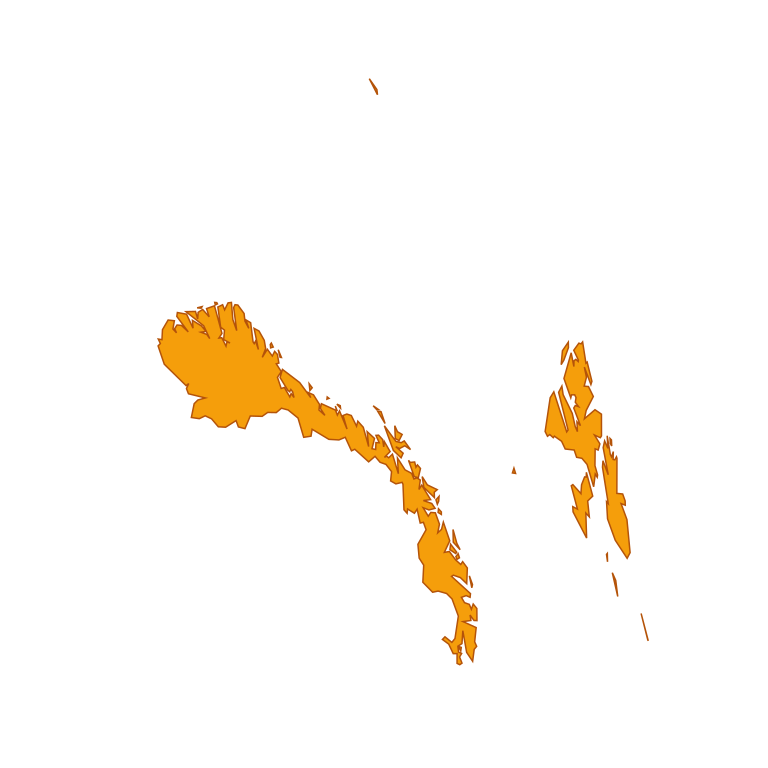 map outline of Norway (Natural Earth projection), rotated 79°
{"feature_id": "NOR", "entity_name": "Norway", "entity_type": "country or territory", "adm_level": 0, "iso_a3": "NOR", "parent_name": "Europe", "parent_adm1": "", "projection": "natural_earth1", "projection_center": [16.239, 69.249], "detail": "fine", "context": "isolated", "style": "filled", "palette": "amber", "viewbox_px": 768, "rotation_deg": 79, "n_neighbors": 0, "source": "natural_earth", "source_scale": "50m", "svg_char_len": 6185}
<svg xmlns="http://www.w3.org/2000/svg" viewBox="0 0 768 768"><g transform="rotate(79 384 384)"><path d="M527.4,375.0L513.2,375.4L516.7,378.8L511.2,384.7L515.3,386.0L511.3,388.4L486.1,384.5L484.0,385.0L484.3,391.4L480.4,396.0L471.4,393.3L463.3,397.4L460.1,402.8L453.3,406.6L457.5,413.9L442.5,425.1L443.4,428.7L428.9,432.2L430.3,438.9L427.8,448.7L414.7,463.2L421.3,465.6L421.0,473.0L401.0,474.9L391.2,483.1L388.2,489.3L391.5,495.2L389.7,503.6L392.5,509.8L389.9,521.4L401.3,529.0L398.4,535.1L391.7,536.2L396.2,547.7L394.4,554.8L385.3,559.9L381.1,565.6L382.8,571.9L380.1,579.5L367.1,574.1L364.2,569.8L363.6,562.0L356.3,577.8L350.8,578.8L346.3,575.6L347.8,578.6L322.7,595.9L303.5,598.5L301.6,595.8L296.8,597.0L298.1,593.5L288.4,591.1L280.0,583.7L281.9,577.7L289.7,580.7L294.2,577.9L289.8,579.0L286.6,575.9L287.8,571.7L295.5,566.2L278.1,574.5L274.4,573.2L277.8,564.5L292.8,560.8L285.0,559.9L292.1,552.2L298.4,548.6L298.2,553.9L301.6,548.4L306.2,546.4L292.4,549.9L275.2,564.6L276.8,555.2L284.6,554.5L278.2,552.8L276.2,547.8L284.7,542.8L276.1,543.8L274.9,535.5L303.4,533.4L307.4,537.3L307.6,534.4L316.7,531.9L312.7,530.1L314.4,527.3L309.8,532.9L300.7,530.3L297.1,533.5L276.7,532.4L275.4,527.3L280.8,526.3L274.6,521.6L274.8,518.2L292.0,520.1L303.5,518.4L280.3,517.0L277.7,515.1L278.6,512.4L288.1,507.9L295.8,508.5L303.6,506.1L294.7,507.3L298.4,503.2L317.6,504.5L319.6,503.7L317.3,501.9L326.2,500.7L304.6,500.9L308.1,496.6L318.3,493.2L326.6,493.4L334.6,498.4L327.6,491.9L335.3,488.3L331.1,485.1L334.6,483.0L343.4,483.2L343.6,485.9L352.2,482.5L357.1,487.3L368.8,485.8L368.4,482.5L378.7,478.9L375.7,477.0L380.1,474.9L374.1,475.2L371.6,476.5L373.6,478.1L371.8,479.6L357.8,484.8L350.3,480.9L366.5,466.5L383.4,458.5L378.1,459.7L381.2,455.3L391.8,451.2L397.1,452.8L403.5,448.0L395.8,451.1L391.4,449.2L400.3,436.7L405.6,435.7L401.9,432.8L421.2,428.9L407.1,430.2L406.4,426.2L408.7,422.1L420.2,419.0L415.5,416.8L422.5,412.6L442.5,411.0L427.6,409.6L435.6,403.7L445.2,408.1L446.7,404.7L440.0,403.1L440.8,399.9L432.9,401.7L433.2,399.1L438.3,395.9L445.7,396.3L440.7,394.6L451.5,390.9L456.1,397.6L455.3,395.3L457.3,393.5L454.5,389.1L474.8,387.0L459.2,384.9L472.3,379.7L477.0,373.9L482.9,372.8L482.5,369.5L485.2,366.7L494.2,369.8L490.5,366.3L506.4,360.3L505.9,367.6L510.4,359.9L515.8,357.6L516.2,363.9L512.9,369.2L522.2,365.8L519.0,362.5L520.2,358.2L532.2,356.3L540.4,359.7L537.7,355.3L530.9,352.1L550.5,349.4L560.8,356.9L560.9,351.8L570.4,347.2L575.8,343.1L573.4,340.7L580.5,337.3L595.8,340.9L588.6,346.0L584.9,352.4L585.7,354.4L606.3,339.1L609.8,340.2L607.4,343.7L608.2,348.7L614.0,346.7L616.6,342.3L621.8,341.2L617.0,338.4L622.1,335.7L634.0,337.9L633.3,340.8L627.2,343.6L632.7,343.8L632.3,351.8L640.7,340.0L654.4,344.2L659.2,343.1L661.7,346.1L673.1,349.9L663.2,354.1L641.2,353.7L653.7,357.0L655.5,361.5L661.4,362.0L663.3,359.2L666.4,361.9L672.9,360.7L674.0,363.2L672.2,365.6L662.6,363.7L661.9,367.5L651.7,370.1L645.9,375.4L643.8,372.4L650.6,366.7L647.4,362.9L626.0,355.3L608.0,358.2L601.6,362.5L597.6,370.4L597.7,376.0L586.0,383.7L569.4,379.6L561.6,382.7L547.8,381.3L535.1,370.5L527.3,371.7L527.4,375.0ZM455.1,176.3L476.4,180.4L478.0,181.9L474.3,187.1L484.0,183.5L489.7,186.4L487.9,189.1L504.4,192.5L514.1,191.7L516.2,192.5L512.7,193.8L524.9,197.8L501.7,200.0L494.7,203.9L492.7,208.9L485.1,209.9L482.4,218.5L474.1,220.6L467.7,226.7L469.0,228.1L465.3,230.9L466.5,233.5L461.4,234.9L429.2,223.5L424.1,218.8L465.9,213.8L464.3,212.1L425.5,214.2L420.0,209.8L428.6,210.2L448.8,204.8L462.4,204.4L467.7,203.2L457.9,201.8L462.4,199.1L443.8,202.3L441.6,200.3L443.4,197.3L438.4,199.7L434.0,198.1L431.0,198.9L430.4,202.0L433.2,203.3L412.9,206.3L389.1,194.3L403.1,194.3L397.5,193.1L396.4,191.0L399.0,189.1L397.6,188.6L387.1,191.3L381.1,184.9L382.2,182.9L380.6,181.0L402.1,181.8L401.2,180.4L421.0,179.4L424.0,181.0L405.6,184.1L416.0,184.0L424.3,187.9L425.5,183.8L436.2,180.9L448.6,190.6L456.4,193.9L449.5,181.8L455.1,176.3ZM501.4,169.5L535.8,176.3L537.5,170.7L544.8,169.6L549.0,170.3L546.6,174.1L563.5,171.4L596.5,174.6L601.5,178.6L581.5,186.8L559.0,190.3L542.0,188.0L544.2,186.7L507.3,185.4L501.1,183.7L515.9,181.2L488.3,181.0L482.0,178.3L489.9,176.5L477.4,174.8L496.4,175.3L499.0,174.5L494.1,171.8L501.8,173.5L502.5,171.9L499.8,169.7L501.4,169.5ZM509.3,202.2L533.9,200.5L537.7,206.4L553.6,207.8L549.2,210.5L573.9,214.5L545.6,222.8L540.4,222.1L543.7,218.0L519.6,219.6L518.8,217.8L529.2,211.6L520.6,209.3L513.5,204.8L513.9,203.2L509.3,202.2ZM447.8,384.4L455.6,378.4L459.7,381.3L451.0,387.5L425.1,391.6L442.6,383.3L444.9,378.3L443.7,375.0L453.4,370.5L448.6,375.4L450.3,381.0L447.8,384.4ZM473.9,364.3L482.5,368.2L480.7,372.0L463.6,374.5L466.0,373.2L466.4,368.8L471.8,368.5L469.8,366.6L473.9,364.3ZM499.8,355.3L505.1,356.2L493.0,364.6L482.2,364.2L491.3,360.7L497.9,351.9L499.8,355.3ZM383.5,196.0L394.9,202.9L398.8,206.4L385.4,202.5L378.1,195.1L383.5,196.0ZM437.0,375.8L442.4,380.0L439.7,383.3L427.0,381.4L433.4,379.9L437.0,375.8ZM561.2,340.9L552.5,346.2L540.0,344.0L554.3,342.9L561.2,340.9ZM564.1,346.0L559.2,350.9L553.9,349.2L563.0,344.7L564.1,346.0ZM410.6,392.2L423.0,390.5L409.5,395.4L410.6,392.2ZM98.8,335.2L81.5,340.2L93.6,334.8L98.8,335.2ZM685.6,173.9L658.3,175.4L686.5,173.6L685.6,173.9ZM621.0,194.0L637.2,195.1L612.8,195.9L621.0,194.0ZM588.6,336.8L597.8,335.4L600.8,336.7L588.6,336.8ZM570.0,345.7L567.2,346.4L564.7,343.6L569.0,343.1L570.0,345.7ZM523.0,352.6L520.4,355.4L516.9,354.3L520.5,352.1L523.0,352.6ZM496.9,271.9L495.8,274.9L491.4,272.5L496.9,271.9ZM601.2,198.5L593.7,198.1L592.9,197.1L601.2,198.5ZM374.0,455.2L376.3,458.0L369.5,457.4L374.0,455.2ZM504.8,351.4L509.5,352.7L512.2,354.6L507.6,355.1L504.8,351.4ZM488.3,172.3L485.4,173.2L480.6,172.5L482.3,171.4L488.3,172.3ZM338.0,480.9L330.2,481.3L338.4,479.6L338.0,480.9ZM326.9,488.4L323.5,488.1L322.3,486.8L326.6,485.7L326.9,488.4ZM407.5,396.2L403.3,398.8L407.9,394.4L407.5,396.2ZM274.7,549.0L273.6,552.9L273.3,547.8L274.7,549.0ZM399.4,431.3L394.8,434.1L396.9,431.1L399.4,431.3ZM660.7,359.6L656.5,361.0L656.1,360.5L657.3,358.4L660.7,359.6ZM400.8,435.5L396.3,436.0L401.7,435.0L400.8,435.5ZM387.6,440.7L388.0,442.9L385.9,442.2L387.6,440.7ZM274.2,534.5L271.6,534.6L272.2,532.6L273.6,532.2L274.2,534.5Z" fill="#f59e0b" stroke="#b45309" stroke-width="1.5"/></g></svg>